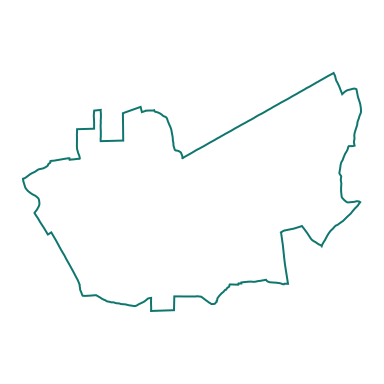 outline of Min Buri, Bangkok Metropolis, Thailand
{"feature_id": "78962969B59018064980934", "entity_name": "Min Buri", "entity_type": "district", "adm_level": 2, "iso_a3": "THA", "parent_name": "Thailand", "parent_adm1": "Bangkok Metropolis", "projection": "orthographic", "projection_center": [100.755, 13.811], "detail": "fine", "context": "isolated", "style": "outline", "palette": "teal", "viewbox_px": 384, "rotation_deg": 0, "n_neighbors": 0, "source": "geoboundaries", "source_scale": "gbopen_adm2", "svg_char_len": 5918}
<svg xmlns="http://www.w3.org/2000/svg" viewBox="0 0 384 384"><path d="M47.9,234.5L51.3,232.4L56.2,240.8L61.0,249.7L63.6,254.1L64.3,255.2L66.4,259.3L69.3,264.4L73.8,272.6L75.7,276.3L77.5,279.6L78.7,282.3L79.2,283.9L79.7,284.6L79.6,285.4L79.7,286.2L80.0,288.0L80.2,289.7L80.4,290.5L80.9,291.4L82.0,294.4L82.6,295.7L84.8,295.9L89.3,295.7L91.7,295.5L92.3,295.5L92.7,295.4L94.7,295.3L95.8,295.2L96.1,295.2L100.1,297.5L102.0,298.8L103.6,299.6L105.2,300.2L106.3,300.9L107.1,301.4L109.1,301.7L111.2,302.3L112.9,302.3L113.8,302.4L115.4,303.0L116.9,303.3L119.0,303.4L119.8,303.6L120.4,303.9L121.7,304.1L125.6,304.4L128.6,305.2L131.9,305.7L134.7,306.1L135.3,306.0L135.7,305.9L137.1,305.3L138.8,304.2L143.5,302.0L144.3,301.5L145.9,300.3L147.5,298.9L148.1,298.5L148.3,298.4L150.3,298.0L151.1,297.9L151.0,302.9L151.2,308.5L151.1,309.3L151.1,310.1L151.1,311.0L152.9,310.9L174.0,310.2L174.3,296.4L196.0,296.5L196.8,296.2L198.6,296.4L201.2,296.7L201.4,296.9L201.8,297.1L205.7,300.1L209.3,302.7L210.4,303.3L211.3,304.0L211.8,304.1L214.4,303.9L214.7,303.8L215.1,303.4L215.9,302.5L216.7,301.8L216.7,301.6L216.5,301.3L216.5,301.1L217.1,300.4L217.4,298.5L217.7,297.9L219.4,295.7L220.4,294.6L221.6,293.3L222.7,292.5L223.6,291.7L224.9,290.1L225.2,289.9L226.1,289.7L226.6,288.8L227.4,287.8L229.1,286.7L229.3,286.2L229.4,285.3L229.7,284.5L229.9,284.4L238.2,284.7L238.4,284.6L238.3,283.7L238.5,283.4L241.3,283.5L241.3,282.5L243.3,282.2L248.4,281.7L251.0,281.6L252.8,281.8L254.7,281.8L256.5,281.5L257.0,281.3L257.5,281.2L260.5,280.8L266.0,279.8L266.3,280.3L266.5,280.6L267.7,281.5L269.2,282.1L270.2,282.3L276.2,282.7L279.4,283.1L281.3,283.6L282.4,284.1L283.9,284.3L284.3,283.8L284.7,283.7L288.0,283.8L285.0,264.7L284.3,259.0L282.9,245.5L281.1,232.8L280.9,232.4L283.8,230.7L284.5,230.5L287.0,230.0L288.9,229.6L293.9,228.6L300.6,226.5L301.9,226.0L304.0,228.7L307.3,233.2L309.8,237.0L310.2,237.7L311.7,239.7L313.6,241.1L315.3,242.0L318.8,244.4L319.9,244.8L321.4,245.7L321.7,246.1L322.0,245.1L322.4,244.3L323.7,242.0L324.8,240.4L327.0,236.2L328.6,233.5L330.2,231.3L331.2,230.2L332.9,228.7L334.5,226.8L335.6,225.7L336.0,225.5L337.3,225.0L341.9,221.7L343.0,221.0L347.2,216.8L350.8,213.5L352.9,210.8L355.0,208.4L357.7,205.7L359.1,203.6L360.2,202.2L359.3,201.6L359.1,201.5L357.0,201.2L356.4,201.3L354.0,201.9L352.7,202.0L348.2,202.4L347.9,202.4L347.2,202.3L346.7,202.0L346.2,201.7L344.7,200.5L343.5,199.3L342.0,197.6L341.7,196.9L341.6,196.1L341.1,191.3L341.1,187.5L341.3,184.4L341.3,183.1L340.9,180.9L340.8,179.5L340.9,178.6L341.1,177.3L341.2,176.6L341.2,176.3L341.0,175.9L339.6,173.8L339.5,173.6L339.4,173.2L339.4,172.6L339.8,170.4L340.2,168.1L340.6,164.9L341.0,163.3L341.4,162.2L342.6,160.1L343.0,159.1L343.7,157.1L345.2,153.6L345.9,152.6L347.1,150.5L347.7,149.1L348.2,147.1L348.6,146.3L348.9,146.1L349.2,146.1L353.0,146.1L353.6,145.9L354.6,145.6L354.5,145.2L354.0,142.9L353.9,142.0L354.4,139.2L354.5,137.9L354.3,136.1L354.3,135.5L354.4,134.5L354.5,133.8L354.7,132.7L357.2,124.8L357.3,123.5L357.7,121.3L358.8,118.5L359.5,116.0L360.6,113.4L360.9,112.3L361.0,111.6L360.9,108.9L360.8,107.8L360.6,106.4L360.2,104.0L359.9,102.9L357.9,96.7L356.8,91.0L356.4,89.2L354.8,88.6L354.4,88.6L353.8,88.6L352.1,89.0L351.0,89.3L347.4,90.2L346.6,90.6L345.5,91.3L344.3,92.2L342.2,94.2L339.2,86.4L337.5,82.8L336.4,80.9L336.2,80.3L335.7,78.8L335.4,77.3L335.0,75.8L333.6,73.0L332.8,73.5L327.9,76.1L324.8,77.9L319.1,81.1L318.2,81.7L316.6,82.5L312.2,85.1L309.6,86.6L306.8,88.0L306.4,88.2L305.1,89.1L299.5,92.2L297.2,93.6L292.1,96.4L289.5,98.0L286.6,99.6L282.7,101.7L282.3,101.9L282.2,101.9L277.2,104.8L273.0,107.1L271.1,108.3L266.9,110.6L265.3,111.6L261.6,113.7L259.9,114.5L259.1,114.9L255.6,116.9L254.1,117.9L251.3,119.5L250.7,119.8L247.5,121.5L245.6,122.6L241.5,124.8L238.2,126.7L235.2,128.3L231.2,130.7L224.2,134.5L223.8,134.8L221.2,136.2L219.6,137.2L217.6,138.2L214.3,140.2L210.4,142.3L203.2,146.5L201.8,147.2L200.6,147.9L196.5,150.0L191.2,153.2L185.1,156.6L183.0,157.9L182.7,158.2L182.4,158.1L182.4,157.6L182.4,156.4L182.1,155.4L181.6,154.4L181.0,152.7L180.7,152.4L180.1,151.9L178.5,151.0L178.0,150.8L175.5,150.4L175.1,150.1L174.8,149.8L173.8,146.7L173.5,145.5L173.4,143.1L172.9,140.5L172.7,137.4L171.6,131.3L171.3,129.7L170.9,128.4L170.1,126.4L169.1,124.2L167.7,120.7L167.0,118.5L166.4,117.6L166.0,117.2L164.8,116.6L164.7,116.5L164.0,116.4L162.5,115.4L161.7,114.6L160.4,113.7L159.3,113.1L157.7,112.4L156.1,111.9L155.3,111.8L154.7,111.4L154.1,110.2L153.4,110.5L153.1,110.5L149.6,110.5L147.4,110.6L146.6,110.7L145.9,110.6L145.6,110.7L145.3,111.0L141.9,112.1L140.6,106.9L122.9,113.2L123.0,121.9L123.1,129.3L123.2,140.6L121.8,140.6L117.6,140.7L106.8,141.0L102.9,141.1L101.4,141.1L100.7,141.1L100.7,140.6L100.6,138.9L100.7,137.7L100.8,136.9L100.8,134.4L100.8,131.0L100.6,126.7L100.7,123.7L100.8,123.4L100.8,122.7L100.7,121.1L100.9,117.5L100.9,113.7L100.7,111.3L100.6,110.6L100.7,109.9L94.2,110.6L93.9,113.6L93.8,115.7L94.1,122.0L94.1,128.7L77.1,129.2L76.9,135.5L77.0,136.9L76.9,146.0L77.1,149.2L77.2,149.6L77.4,150.1L78.0,152.4L78.7,154.5L79.0,154.9L79.4,156.3L79.6,157.1L79.8,158.1L79.8,158.5L79.7,158.7L79.5,158.8L77.3,158.9L73.2,159.4L70.7,159.6L69.8,159.8L69.7,159.8L69.5,159.7L69.5,158.3L69.3,158.2L66.6,158.5L56.7,160.2L53.8,160.7L51.7,160.8L50.4,161.1L50.3,161.7L50.4,162.3L50.3,162.5L49.8,163.1L49.5,163.3L49.1,163.5L48.6,163.8L48.1,164.6L47.9,165.3L47.5,165.9L46.7,166.5L46.2,166.7L45.6,167.2L43.8,168.1L43.0,168.4L39.3,169.2L38.3,169.5L37.5,170.0L36.3,170.9L34.5,172.0L33.3,172.6L32.5,172.9L30.3,174.1L25.7,177.6L24.4,178.3L23.0,178.7L23.1,179.4L23.1,179.7L23.4,181.5L24.3,184.4L25.3,187.6L25.6,188.1L27.1,190.1L28.4,191.4L30.9,193.3L32.8,194.5L35.2,195.7L35.9,196.2L36.8,196.9L38.1,198.1L38.5,198.6L38.9,199.7L39.1,200.6L39.2,201.2L39.4,203.2L39.4,203.9L39.3,204.7L38.8,206.3L37.4,208.9L36.5,210.3L35.7,211.3L34.8,212.4L34.5,212.9L35.5,214.7L38.1,218.5L40.0,221.9L43.6,227.4L46.1,231.5L47.3,233.6L47.9,234.5Z" fill="none" stroke="#0f766e" stroke-width="2"/></svg>